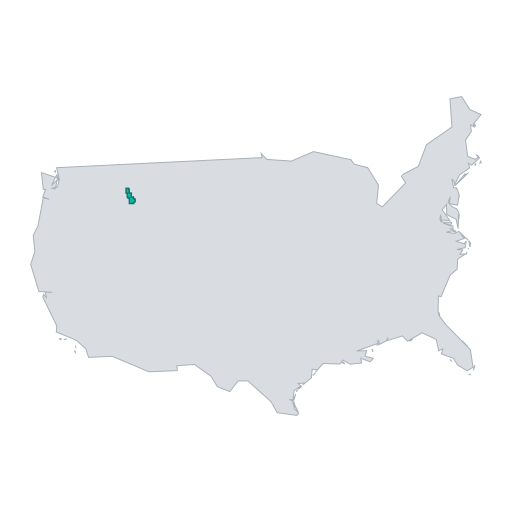 Powell, Montana, United States of America shown in context
{"feature_id": "52423323B29288838375907", "entity_name": "Powell", "entity_type": "district", "adm_level": 2, "iso_a3": "USA", "parent_name": "United States of America", "parent_adm1": "Montana", "projection": "albers", "projection_center": [-112.818, 46.933], "detail": "fine", "context": "in_parent", "style": "filled", "palette": "teal", "viewbox_px": 512, "rotation_deg": 0, "n_neighbors": 0, "source": "geoboundaries", "source_scale": "gbopen_adm2", "svg_char_len": 4450}
<svg xmlns="http://www.w3.org/2000/svg" viewBox="0 0 512 512"><path d="M426.5,144.7L452.0,126.9L449.9,98.9L461.6,96.6L470.0,109.6L481.1,114.6L473.2,124.1L474.1,126.9L470.6,124.9L471.3,131.6L465.5,140.0L467.7,156.5L475.6,159.4L478.3,156.8L476.0,154.9L477.6,155.4L479.5,158.0L471.7,165.2L468.3,163.2L469.7,167.9L459.7,174.7L454.6,184.5L453.8,181.0L452.0,179.4L453.7,187.8L456.6,187.9L459.1,194.5L457.6,205.3L449.3,203.4L450.3,196.6L448.1,202.1L452.4,206.9L456.5,208.8L458.7,212.1L458.1,228.6L456.2,219.4L446.8,214.6L446.5,204.6L442.2,209.8L450.0,220.8L442.8,219.9L441.2,221.2L441.1,216.6L440.4,215.5L440.0,219.3L441.1,221.9L451.6,222.5L450.8,225.5L445.1,223.2L443.3,223.2L450.4,225.9L452.9,225.9L453.2,229.5L449.5,228.4L455.7,231.0L455.0,232.1L452.0,230.8L446.3,232.2L454.8,233.4L458.7,231.3L468.2,240.2L460.5,233.6L464.3,238.5L456.1,241.2L464.2,243.9L466.2,240.9L465.2,247.6L457.0,249.5L462.7,249.9L460.0,254.3L465.5,253.9L457.7,259.1L457.1,269.2L450.1,275.1L441.1,296.7L438.4,295.9L438.1,312.0L439.0,315.5L445.9,324.7L470.4,349.7L473.0,367.2L467.1,370.8L457.5,364.9L453.5,358.4L441.4,353.8L442.9,348.9L438.7,350.8L436.3,339.4L422.1,332.8L407.5,341.2L402.5,335.9L387.0,340.7L388.1,337.6L386.2,341.0L379.6,344.4L377.9,339.6L377.9,343.4L356.8,351.0L366.6,350.7L364.9,356.1L373.2,358.4L370.3,361.8L360.8,358.3L361.6,363.0L350.4,364.2L342.8,360.0L340.0,364.0L323.1,363.5L315.5,372.1L317.4,369.8L312.1,369.3L311.4,377.8L302.7,385.0L304.7,383.0L298.1,383.5L300.9,385.8L294.1,390.7L292.9,400.0L289.2,399.3L292.6,401.1L294.7,409.0L298.8,413.2L296.8,415.4L277.2,412.7L271.0,401.6L247.9,380.9L238.0,381.0L229.8,391.6L217.4,386.7L211.0,376.2L194.5,364.5L177.0,365.6L177.2,370.6L148.9,371.8L112.3,356.3L88.6,357.4L85.8,348.8L76.2,340.1L56.3,332.0L56.8,326.0L42.8,297.1L43.6,294.3L46.6,298.2L45.1,292.1L52.3,292.3L38.9,291.5L30.7,264.5L34.9,251.3L33.2,235.5L37.9,226.1L43.3,197.7L49.2,199.3L42.7,197.0L45.6,189.5L43.3,189.3L41.4,172.6L55.5,177.3L51.6,185.5L57.0,180.0L55.8,187.1L52.1,188.4L54.6,189.0L57.6,186.4L59.4,179.3L56.6,167.7L262.1,157.6L261.2,153.4L266.7,159.4L291.4,161.1L313.5,151.6L350.9,159.7L354.0,164.1L367.7,167.7L378.5,185.2L376.7,203.4L382.3,206.9L405.6,182.9L401.5,176.5L403.4,174.1L418.3,166.4L426.5,144.7ZM464.5,175.9L468.6,172.6L454.9,185.8L465.3,173.3L464.5,175.9ZM57.0,174.7L58.4,179.4L58.2,180.1L55.9,176.4L57.0,174.7ZM298.2,411.9L294.4,405.3L293.7,401.3L294.9,405.4L298.2,411.9ZM474.5,123.9L475.7,126.0L474.7,126.0L474.5,123.9ZM343.6,362.0L344.4,363.6L342.3,362.7L343.6,362.0ZM63.7,339.6L66.1,338.9L66.2,339.2L63.7,339.6ZM61.2,338.7L60.2,339.8L59.5,338.7L61.2,338.7ZM475.9,163.1L475.4,165.1L474.9,165.0L475.9,163.1ZM294.4,397.3L293.7,400.8L295.8,393.9L294.4,397.3ZM462.7,341.3L467.5,346.2L462.1,340.9L462.7,341.3ZM75.3,346.1L76.3,347.9L75.2,346.2L75.3,346.1ZM474.4,367.6L473.2,370.3L474.8,365.0L474.4,367.6ZM470.7,243.6L469.9,246.9L468.7,240.6L470.7,243.6ZM55.4,170.7L55.3,172.1L54.6,171.3L55.4,170.7ZM301.3,387.0L298.1,389.2L301.3,386.5L301.3,387.0ZM480.5,161.2L481.3,162.7L479.8,163.1L480.5,161.2ZM75.0,351.0L75.6,353.2L74.6,351.2L75.0,351.0ZM297.4,390.6L296.2,391.7L297.2,390.2L297.4,390.6ZM459.2,214.9L458.9,219.0L458.9,213.6L459.2,214.9ZM314.8,373.7L312.8,375.5L315.5,372.6L314.8,373.7ZM439.2,313.4L439.8,316.1L438.9,314.4L439.2,313.4ZM466.4,253.9L466.0,254.7L467.0,251.9L466.4,253.9ZM412.9,338.6L410.8,340.8L409.6,341.0L412.9,338.6ZM378.4,344.3L378.1,344.9L376.5,345.3L378.4,344.3ZM450.7,359.8L451.8,361.4L450.1,359.6L450.7,359.8ZM372.7,350.1L372.9,351.9L371.8,349.0L372.7,350.1ZM470.1,374.4L468.7,375.2L470.6,373.8L470.1,374.4ZM459.2,195.8L459.1,197.8L459.1,195.0L459.2,195.8ZM468.7,248.1L468.2,249.1L468.7,248.1Z" fill="#d9dde1" stroke="#a8b0b8" stroke-width="1"/><path d="M126.1,188.3L126.1,193.1L127.3,193.1L127.3,197.0L127.4,197.3L127.5,197.2L127.8,197.2L127.8,197.4L127.9,197.6L128.0,197.6L128.3,197.9L128.2,198.0L128.3,198.2L128.6,198.2L128.8,198.4L129.0,198.3L129.2,198.2L129.4,198.1L129.4,201.0L129.4,201.9L129.4,202.0L129.4,203.5L133.1,203.5L133.0,203.0L133.3,202.7L133.6,202.7L133.8,202.6L133.9,202.8L134.0,202.5L134.2,202.4L134.3,202.1L134.8,202.1L134.9,201.9L135.1,201.7L135.0,201.4L135.1,200.9L135.1,200.7L135.2,200.4L135.1,200.2L135.2,199.6L135.0,199.0L134.3,199.0L134.3,198.5L133.3,198.5L133.3,197.0L132.2,197.0L131.3,197.0L131.3,195.8L131.3,193.1L129.2,193.1L129.2,189.5L128.8,189.5L128.7,189.2L128.7,188.7L128.8,188.6L128.6,188.3L127.2,188.3L126.1,188.3Z" fill="#14b8a6" stroke="#0f766e" stroke-width="1.5"/></svg>